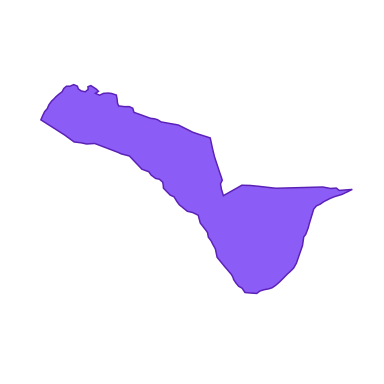 Porto Real do Colégio, Alagoas, Brazil (Natural Earth projection), rotated 277°
{"feature_id": "56859067B64843662211438", "entity_name": "Porto Real do Colégio", "entity_type": "district", "adm_level": 2, "iso_a3": "BRA", "parent_name": "Brazil", "parent_adm1": "Alagoas", "projection": "natural_earth1", "projection_center": [-36.729, -10.115], "detail": "fine", "context": "isolated", "style": "filled", "palette": "violet", "viewbox_px": 384, "rotation_deg": 277, "n_neighbors": 0, "source": "geoboundaries", "source_scale": "gbopen_adm2", "svg_char_len": 1731}
<svg xmlns="http://www.w3.org/2000/svg" viewBox="0 0 384 384"><g transform="rotate(277 192 192)"><path d="M221.2,117.2L220.1,125.5L208.5,139.5L206.8,146.7L203.8,149.4L201.0,154.3L200.7,158.1L198.2,161.7L195.7,162.5L192.3,163.2L186.3,170.7L185.0,174.8L180.8,178.1L177.8,180.9L172.3,189.7L171.7,195.2L169.7,201.0L162.2,204.0L156.2,210.0L153.7,212.3L149.0,213.8L146.0,216.8L142.8,218.9L138.4,222.1L130.2,224.9L121.6,233.9L118.0,237.9L115.1,241.0L112.8,242.8L110.2,244.0L107.0,246.7L104.1,249.8L102.6,253.5L98.7,256.8L98.8,261.0L99.2,268.6L102.0,271.5L103.8,275.5L105.3,280.2L106.8,283.3L109.0,285.8L111.4,288.1L113.7,290.1L116.5,292.3L122.3,296.7L124.4,298.6L128.8,302.1L134.1,304.3L152.3,308.2L161.1,308.4L163.7,310.0L170.5,311.7L174.4,312.2L189.9,314.9L193.4,317.2L195.6,320.8L198.5,324.0L202.2,329.5L204.6,333.7L207.9,341.2L214.1,350.8L211.5,337.9L213.5,334.8L212.4,329.1L212.9,321.2L206.0,275.2L205.9,272.0L205.8,257.7L205.7,254.2L205.6,249.1L204.8,240.6L202.6,237.7L192.2,223.6L198.5,220.8L203.6,219.3L207.4,220.6L210.7,219.1L214.3,217.3L229.8,210.0L235.1,208.0L238.4,206.8L247.9,203.5L250.2,191.3L251.5,185.2L256.8,170.4L257.8,152.8L259.6,148.9L260.1,145.6L260.1,141.8L264.0,124.7L267.9,123.0L269.1,119.5L268.5,114.4L268.5,108.7L271.2,107.2L274.8,106.4L279.0,105.1L280.0,100.1L280.0,96.7L279.1,92.1L276.8,88.4L278.2,84.1L280.5,86.9L282.4,84.6L283.8,81.8L285.3,78.6L283.8,75.9L281.2,76.4L278.5,73.8L278.8,69.8L280.4,66.7L283.1,65.3L284.2,61.5L282.1,58.0L281.7,54.5L279.2,52.2L275.6,50.8L272.8,47.9L269.9,45.3L267.5,43.6L265.1,41.5L261.0,39.3L257.1,38.2L253.8,35.9L249.3,34.4L245.2,33.2L233.0,58.7L227.3,68.9L227.3,75.9L226.8,81.5L228.3,89.5L222.4,113.4L221.2,117.2Z" fill="#8b5cf6" stroke="#5b21b6" stroke-width="1.5"/></g></svg>